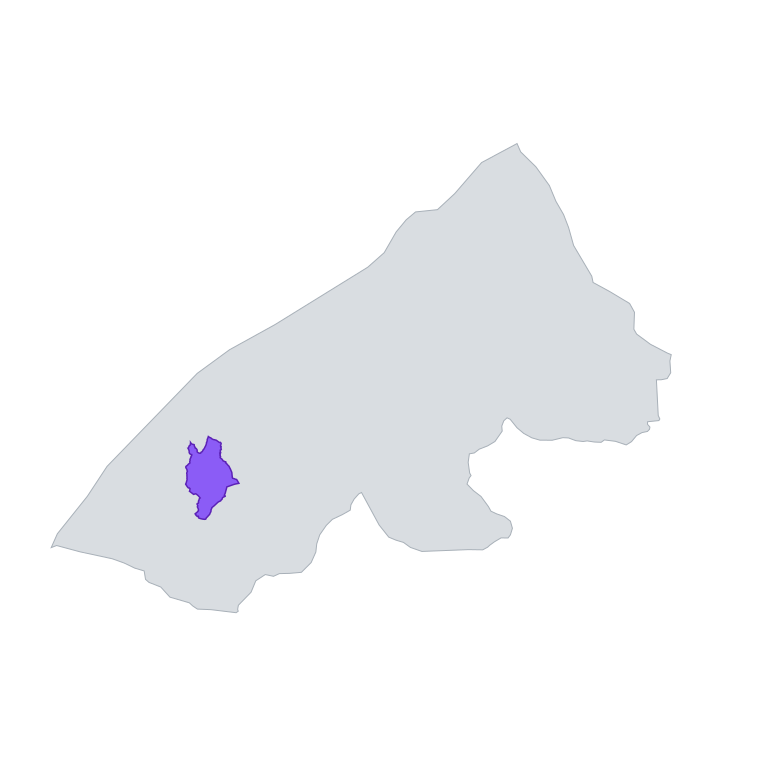 location of Jeadepo, River Gee, Liberia, rotated 106°
{"feature_id": "62588387B74933582499482", "entity_name": "Jeadepo", "entity_type": "district", "adm_level": 2, "iso_a3": "LBR", "parent_name": "Liberia", "parent_adm1": "River Gee", "projection": "orthographic", "projection_center": [-8.425, 5.368], "detail": "fine", "context": "in_parent", "style": "filled", "palette": "violet", "viewbox_px": 768, "rotation_deg": 106, "n_neighbors": 0, "source": "geoboundaries", "source_scale": "gbopen_adm2", "svg_char_len": 6017}
<svg xmlns="http://www.w3.org/2000/svg" viewBox="0 0 768 768"><g transform="rotate(106 384 384)"><path d="M116.2,322.4L123.2,316.6L133.4,297.8L147.7,279.7L161.0,269.1L171.6,258.1L182.7,249.7L198.6,239.9L223.1,214.0L228.8,211.0L232.8,193.0L238.9,170.1L246.0,163.0L262.5,158.9L266.4,154.9L272.4,138.8L276.2,120.0L276.6,116.0L283.1,115.5L294.2,111.5L300.7,113.3L303.5,118.7L304.9,123.3L338.7,111.7L341.6,109.2L343.4,109.7L347.6,120.2L350.1,119.6L352.1,116.5L354.4,116.3L357.0,117.7L359.6,122.6L363.9,127.0L371.2,130.2L375.8,134.4L375.3,145.7L377.0,156.7L380.2,159.2L381.8,165.8L382.7,173.0L384.4,176.8L385.6,184.0L385.0,191.8L386.3,197.3L391.7,206.8L395.0,218.7L395.0,227.1L393.0,236.0L389.4,244.1L383.1,253.0L382.6,256.4L386.3,258.7L392.0,259.2L396.7,257.4L408.7,261.5L414.9,267.3L420.4,274.5L425.4,278.2L427.6,282.7L436.1,281.5L446.0,277.1L448.0,275.1L450.9,276.2L457.3,276.6L461.8,268.8L465.4,259.7L473.0,249.9L476.8,246.1L477.8,239.8L478.2,231.7L481.0,224.7L487.3,220.8L494.1,220.9L497.8,222.3L499.7,229.1L505.2,234.3L509.8,237.9L512.3,239.4L516.2,243.4L519.9,257.1L534.5,301.4L533.8,313.6L530.9,321.6L530.8,329.5L529.9,337.2L520.9,349.8L494.5,375.7L496.6,378.0L502.9,381.0L509.3,382.5L514.6,381.7L521.2,388.2L528.3,396.3L535.8,400.5L546.7,404.2L556.2,404.6L564.3,403.2L575.7,404.8L587.8,411.5L592.1,422.7L595.1,432.3L599.3,437.2L599.9,445.6L608.5,453.0L620.8,454.4L636.8,463.0L640.9,462.6L642.6,461.5L644.6,463.1L648.6,488.1L651.8,501.3L650.1,506.6L648.0,510.8L647.9,531.0L640.7,542.6L639.5,555.2L637.5,559.4L629.8,563.0L629.7,572.8L627.7,584.5L626.9,597.0L629.1,629.8L629.5,654.2L633.0,658.8L618.0,656.7L573.7,638.2L539.5,627.5L425.3,566.5L393.6,541.9L357.2,505.4L276.2,431.8L257.7,420.0L234.4,414.2L220.0,407.9L209.9,401.1L201.7,380.7L181.5,368.5L144.2,351.2L116.2,322.4Z" fill="#d9dde1" stroke="#a8b0b8" stroke-width="1"/><path d="M541.0,540.7L541.4,539.6L542.6,536.6L542.5,536.4L542.4,536.3L541.5,535.0L541.6,534.1L541.6,533.8L541.8,533.5L542.6,531.7L544.2,529.3L545.1,529.9L546.4,529.9L546.5,529.9L546.9,529.9L547.6,530.1L547.8,530.0L548.1,530.0L548.7,529.7L549.5,529.6L549.8,529.7L549.8,529.8L550.1,530.2L550.4,530.6L550.8,530.6L551.2,530.5L552.1,529.6L552.8,529.4L553.1,529.4L553.5,529.6L553.8,529.4L554.4,528.8L555.4,528.0L556.4,527.6L557.1,527.5L557.4,527.8L558.0,527.9L558.4,528.1L560.0,529.2L560.7,529.7L560.8,529.8L561.0,529.7L561.2,529.3L561.5,529.1L561.8,528.8L561.8,528.2L562.2,528.1L562.4,527.8L562.4,527.6L562.7,527.1L562.5,526.3L562.3,526.0L562.5,525.8L562.9,525.9L563.7,525.4L563.9,525.0L564.0,523.5L563.9,521.5L563.6,519.4L563.3,518.6L563.2,518.4L563.1,518.2L562.7,518.0L561.6,517.9L560.3,517.1L559.5,516.7L558.7,516.5L558.5,516.3L558.2,516.1L557.6,515.7L556.2,515.6L555.8,515.5L555.2,515.4L554.5,515.2L552.8,515.5L552.6,515.5L552.2,515.6L551.9,515.5L551.1,515.3L550.8,515.3L550.3,515.4L547.9,513.7L545.4,512.2L543.5,511.1L542.6,510.3L541.6,509.1L541.3,508.8L540.7,508.7L539.4,507.9L537.8,507.9L537.0,507.2L536.5,506.6L535.8,505.8L535.7,505.7L535.5,505.8L535.3,505.9L535.0,506.3L534.9,506.6L534.9,506.8L533.1,506.6L532.7,506.5L530.8,506.6L530.0,506.6L528.3,506.6L526.2,506.7L525.6,505.8L521.9,500.6L521.0,499.1L519.5,496.1L518.1,497.5L516.8,498.9L516.4,499.4L516.5,500.7L516.3,501.6L516.3,502.6L516.3,503.5L515.9,503.9L515.8,504.0L514.7,504.4L513.6,504.9L512.2,505.4L510.8,506.0L509.5,507.1L508.1,508.2L507.3,509.0L505.8,510.3L505.7,510.4L505.4,511.1L504.9,511.9L504.2,512.9L503.4,514.4L502.7,514.4L502.4,514.7L502.5,515.6L502.3,516.4L502.3,517.4L501.7,518.0L501.1,518.8L500.7,519.3L500.3,520.5L500.2,520.7L500.0,521.2L499.5,521.2L498.8,521.1L498.5,521.6L497.8,521.7L497.5,522.2L497.0,522.0L496.5,522.1L496.5,522.3L496.4,522.4L496.1,522.3L496.1,522.5L495.6,522.9L495.4,522.8L495.4,522.6L495.2,522.3L495.0,522.1L494.6,522.4L494.4,522.5L494.1,522.8L493.7,522.8L493.3,523.0L492.9,522.8L492.6,523.1L492.2,522.8L491.7,522.4L491.4,522.6L491.2,522.8L490.7,522.9L490.4,523.1L490.0,523.2L489.9,523.2L489.8,523.5L489.7,523.6L489.5,523.4L489.4,523.2L489.2,523.2L489.1,523.4L489.0,523.7L488.8,523.7L488.6,523.9L488.5,524.0L488.2,524.2L487.5,524.1L487.1,524.1L486.6,524.1L486.2,524.1L485.7,524.4L485.5,524.8L485.3,525.1L485.2,525.3L485.5,525.6L485.5,526.1L485.4,526.7L485.2,527.2L484.9,528.0L484.5,529.1L484.3,529.5L484.3,531.6L484.4,532.4L484.4,533.1L484.3,533.6L484.1,534.4L484.0,534.8L483.5,535.6L483.5,536.2L483.4,537.1L483.0,538.1L482.9,538.4L483.2,538.4L483.7,538.3L484.2,538.4L484.5,538.5L484.9,538.5L485.3,538.5L485.9,538.7L486.4,538.5L486.7,538.4L487.0,538.4L487.3,538.4L488.1,538.3L488.6,538.3L489.0,538.5L489.3,538.5L490.1,538.3L491.5,538.3L493.0,538.5L494.3,538.8L495.1,538.9L495.7,539.1L496.3,539.2L497.0,539.7L497.6,539.7L498.3,539.9L499.1,540.1L499.7,540.7L500.1,541.1L500.7,541.1L501.0,541.2L501.2,541.6L501.4,542.2L501.3,543.5L500.9,544.7L500.2,545.1L499.2,545.3L498.7,545.6L498.1,546.3L497.7,546.9L497.7,547.6L497.5,548.0L496.9,548.1L496.8,548.4L496.5,548.7L495.9,549.2L495.2,549.5L494.6,549.8L494.6,550.4L494.7,551.4L494.6,552.4L494.0,553.3L493.6,553.8L493.9,553.7L495.2,553.6L496.3,553.5L497.1,554.2L498.2,554.3L498.7,554.3L499.1,554.5L499.5,554.4L500.2,554.2L500.2,554.3L500.4,554.1L500.7,553.9L501.0,553.6L501.8,553.0L502.4,552.7L503.3,552.5L504.0,552.1L504.6,551.4L505.0,550.1L504.8,549.4L505.2,549.2L506.1,549.2L507.0,549.5L507.5,549.5L507.9,549.3L508.6,549.6L509.1,549.6L509.7,549.7L510.1,549.7L510.7,549.3L511.8,549.4L512.3,549.3L512.8,549.0L513.5,548.8L514.1,549.3L514.9,549.9L516.4,550.6L517.5,551.5L518.4,551.7L519.0,551.4L519.6,550.9L520.1,550.3L520.6,549.8L521.2,549.5L521.6,549.4L522.0,549.0L522.2,548.9L523.2,549.1L524.2,549.0L524.6,548.9L525.0,548.6L525.8,548.3L526.5,548.2L527.2,547.9L528.1,547.6L528.5,547.5L528.9,547.5L529.3,547.3L529.8,547.0L531.1,546.9L532.0,546.9L533.4,546.9L534.1,546.9L534.3,546.9L534.7,547.1L535.1,547.0L535.4,546.4L536.0,546.0L536.5,545.3L537.1,544.6L537.8,543.5L537.8,542.9L537.6,542.5L537.7,542.3L537.9,541.9L538.1,541.6L539.0,541.5L539.6,541.4L540.7,541.4L540.7,541.2L541.0,540.7Z" fill="#8b5cf6" stroke="#5b21b6" stroke-width="1.5"/></g></svg>